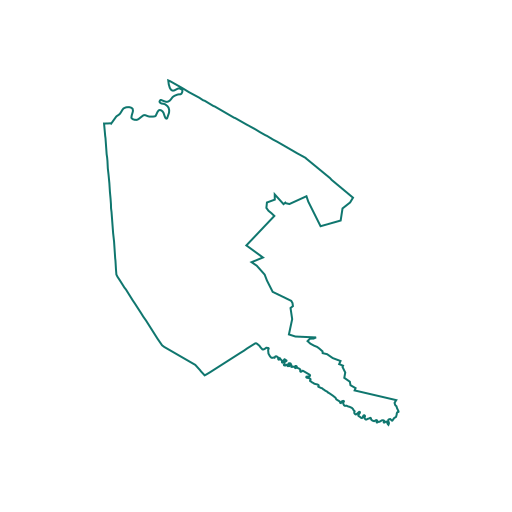 outline of Chisec, Alta Verapaz, Guatemala, rotated 22°
{"feature_id": "79465075B86099287791236", "entity_name": "Chisec", "entity_type": "district", "adm_level": 2, "iso_a3": "GTM", "parent_name": "Guatemala", "parent_adm1": "Alta Verapaz", "projection": "albers", "projection_center": [-90.202, 15.889], "detail": "fine", "context": "isolated", "style": "outline", "palette": "teal", "viewbox_px": 512, "rotation_deg": 22, "n_neighbors": 0, "source": "geoboundaries", "source_scale": "gbopen_adm2", "svg_char_len": 6119}
<svg xmlns="http://www.w3.org/2000/svg" viewBox="0 0 512 512"><g transform="rotate(22 256 256)"><path d="M324.1,165.6L297.6,157.1L295.6,156.1L265.6,146.7L265.2,146.4L264.8,146.4L255.3,145.3L232.7,142.1L228.4,141.7L220.9,140.5L219.6,140.5L213.4,139.7L208.1,138.8L197.6,137.6L185.0,135.9L183.9,136.0L161.6,132.8L160.3,132.9L150.4,131.3L148.5,131.4L144.2,130.5L132.4,129.2L126.0,128.1L111.0,126.1L108.9,126.1L110.8,129.5L113.1,132.4L114.5,133.4L115.1,133.7L115.8,133.9L116.7,133.9L117.6,133.5L118.2,133.1L120.8,130.1L121.8,129.5L122.8,129.3L124.6,129.4L125.0,129.5L125.4,129.7L125.9,130.4L126.1,131.0L126.2,132.1L126.1,133.2L126.0,133.6L125.2,134.5L123.9,135.0L122.7,135.8L120.9,137.5L120.2,138.3L119.4,139.5L119.1,140.1L118.4,142.7L117.8,144.3L116.8,145.6L115.9,146.3L115.3,146.6L114.2,146.8L112.6,146.9L109.5,146.9L109.0,147.2L108.7,148.1L108.7,148.9L108.9,149.3L109.4,149.6L110.0,149.9L111.3,150.0L113.4,149.5L114.9,149.4L116.7,149.9L117.7,150.2L119.3,151.2L120.4,152.6L120.9,153.4L121.5,155.1L121.7,156.0L121.8,157.8L122.0,161.6L121.7,162.1L121.1,162.2L120.3,161.9L119.3,161.0L116.7,158.0L115.3,157.0L113.7,156.5L112.5,156.6L111.9,156.8L111.5,157.1L111.1,157.8L110.7,159.4L110.5,163.3L110.4,163.8L110.1,164.2L109.1,164.9L108.1,165.4L104.9,166.7L103.2,166.9L101.1,166.9L100.3,167.0L99.5,167.3L98.8,167.9L98.3,168.7L95.7,173.2L94.5,174.4L93.5,174.8L92.3,175.2L90.6,175.3L89.8,175.1L89.0,174.8L88.6,174.3L88.1,172.2L87.8,169.0L87.7,168.2L87.4,167.2L86.5,165.8L86.0,165.6L85.2,165.3L84.1,165.3L82.6,165.5L80.2,166.6L79.4,167.2L77.9,168.8L77.5,170.1L77.3,171.0L77.1,172.4L76.6,175.0L75.8,176.6L74.8,178.0L74.2,179.0L73.0,183.9L72.7,185.2L72.1,187.5L71.7,187.3L69.0,188.6L65.5,190.1L71.2,201.2L72.3,203.1L79.4,217.6L81.1,220.5L82.7,223.6L85.8,230.3L88.9,236.0L92.8,243.5L96.5,251.2L99.7,257.4L102.1,262.3L103.7,266.0L105.6,269.4L115.0,288.4L119.0,295.8L126.3,310.9L127.5,313.1L131.1,320.7L133.5,325.5L135.3,327.1L139.2,329.8L144.2,333.4L145.7,334.5L148.0,335.8L158.3,343.3L161.0,345.1L171.1,352.2L174.1,354.4L178.3,357.1L195.7,369.6L202.4,374.0L205.0,374.7L240.5,379.7L247.1,382.9L248.0,383.5L250.8,384.8L253.1,385.9L254.3,384.5L256.8,381.2L277.5,352.1L280.3,348.3L282.4,345.0L286.4,339.5L288.1,337.2L288.8,336.9L290.0,337.0L291.1,337.4L292.7,337.9L294.6,339.1L297.0,340.2L297.7,340.0L298.5,339.3L299.4,338.1L299.9,337.2L302.0,336.7L302.3,336.9L302.5,337.2L302.4,338.1L302.6,338.9L304.1,341.8L306.2,343.5L307.4,344.2L307.9,344.4L308.4,344.5L309.0,344.4L309.5,344.2L310.4,343.5L311.3,343.4L311.5,342.1L311.7,341.8L312.1,341.5L312.5,341.4L313.1,341.4L314.4,341.9L315.0,341.8L315.4,342.0L315.1,343.1L315.5,343.5L315.9,343.6L316.2,343.4L316.3,342.2L316.5,341.9L317.0,342.1L317.5,342.7L318.7,343.0L319.2,343.2L319.4,343.6L319.9,344.8L320.4,345.0L320.8,344.6L320.9,341.6L321.1,341.1L321.7,341.1L323.0,341.4L323.4,341.5L323.5,342.0L322.1,343.9L322.5,344.8L323.1,345.6L322.9,346.0L322.6,346.4L322.9,346.8L323.4,346.8L324.0,346.7L324.6,346.2L325.1,345.4L325.6,345.4L326.3,346.0L326.7,346.2L328.3,345.5L328.5,345.1L328.3,344.8L326.5,344.6L326.4,344.1L326.5,343.4L326.8,343.1L327.2,342.9L328.2,342.7L328.7,343.0L329.4,344.0L329.9,344.1L330.2,344.6L330.5,345.5L331.0,345.4L331.5,344.9L332.1,344.6L333.1,344.5L333.5,344.7L334.0,345.0L334.5,345.2L334.9,344.9L333.9,343.7L333.8,343.2L334.3,343.0L334.8,343.0L335.2,343.3L335.9,344.1L336.2,344.2L338.5,344.3L339.4,344.6L339.7,344.8L339.9,345.2L339.9,345.8L340.3,346.4L340.7,346.6L341.2,346.4L341.6,345.9L342.3,344.9L343.0,344.9L350.3,346.0L350.6,346.2L350.8,346.4L350.8,347.4L350.4,347.8L348.3,348.8L348.0,349.0L348.0,349.5L348.3,349.7L348.7,349.8L349.2,349.8L350.1,349.4L352.1,349.5L352.7,349.8L352.9,350.4L352.8,351.3L353.1,351.7L354.5,351.9L355.4,352.2L357.0,352.3L357.8,352.6L359.3,352.4L361.2,352.1L362.0,352.2L362.5,352.4L362.7,352.8L362.7,353.8L363.0,353.9L364.1,353.9L365.5,354.0L367.0,353.9L368.0,354.3L368.5,354.5L369.3,354.5L370.5,354.9L372.7,355.1L373.3,355.2L373.5,355.5L374.1,355.7L375.1,355.7L379.6,356.7L382.6,357.6L383.0,357.8L384.1,358.8L385.0,359.0L388.0,359.5L389.3,360.7L389.8,360.6L390.0,358.7L390.8,357.9L391.3,357.6L391.7,357.6L392.0,357.9L391.8,359.5L392.1,360.1L393.5,361.4L394.2,361.6L394.7,361.6L395.9,360.9L397.9,361.0L399.2,360.8L401.5,360.9L402.0,361.0L403.3,361.6L404.5,362.6L405.1,362.7L405.6,363.0L405.6,363.8L405.8,364.4L406.1,364.9L406.7,365.3L407.3,365.5L407.7,365.6L408.1,365.4L409.1,363.8L409.9,362.1L410.1,361.8L410.6,361.7L411.0,362.2L411.0,362.9L410.6,364.4L410.5,365.4L410.8,365.8L411.3,366.0L412.2,366.1L414.2,366.7L414.9,366.6L415.1,366.3L415.3,365.9L415.3,364.6L415.5,363.5L416.0,363.1L416.5,363.2L416.9,363.4L417.1,363.8L417.2,365.5L417.6,365.9L418.6,366.4L419.0,366.5L419.6,366.3L420.0,365.9L420.5,365.2L421.8,364.2L422.4,363.4L422.8,363.2L423.3,363.4L424.0,364.4L424.5,364.7L425.7,365.0L427.4,364.9L427.9,364.4L428.5,363.5L428.9,363.2L429.4,363.0L429.9,363.2L430.0,364.7L430.3,365.1L430.7,365.0L431.6,363.9L432.1,363.7L432.7,363.3L434.3,361.2L434.6,361.0L435.9,360.6L436.4,360.8L436.6,361.3L436.7,362.3L437.1,362.5L437.6,362.2L438.3,361.0L438.8,360.7L439.3,360.7L441.3,362.6L442.0,362.9L442.0,361.6L441.8,361.0L441.5,360.6L440.3,359.3L440.1,358.8L440.1,358.2L440.6,357.5L441.0,357.2L441.6,356.9L443.6,357.7L444.1,357.5L444.8,354.5L445.9,353.0L446.1,352.6L445.8,350.1L445.5,349.3L445.5,348.3L445.6,347.9L445.9,347.5L446.3,347.4L446.5,347.1L446.3,346.6L443.8,344.3L442.5,342.7L441.1,342.2L440.1,341.1L439.5,340.3L439.9,337.5L440.0,337.1L397.8,343.7L397.8,341.2L392.0,340.4L390.1,337.4L383.5,335.9L382.4,330.6L377.8,326.5L377.8,325.1L373.6,325.1L373.7,321.7L365.4,321.9L358.7,320.4L354.2,321.1L353.4,319.5L349.1,318.0L346.7,317.4L343.5,317.4L339.2,316.9L335.7,315.6L337.0,312.4L340.2,311.1L342.2,309.0L322.7,315.9L315.9,316.4L313.2,301.0L307.5,291.3L309.0,288.6L307.5,286.0L305.5,284.4L284.9,283.0L275.3,274.6L271.0,270.0L260.3,264.7L254.2,263.4L263.0,254.8L243.1,249.8L258.0,212.0L254.2,210.5L250.6,209.4L247.6,207.5L246.1,202.3L252.3,196.7L250.3,191.9L262.1,197.6L263.2,195.5L263.9,195.9L267.5,195.3L280.4,181.7L284.1,186.0L304.7,204.2L321.2,191.4L318.4,179.5L323.2,171.1L324.1,165.6Z" fill="none" stroke="#0f766e" stroke-width="2"/></g></svg>